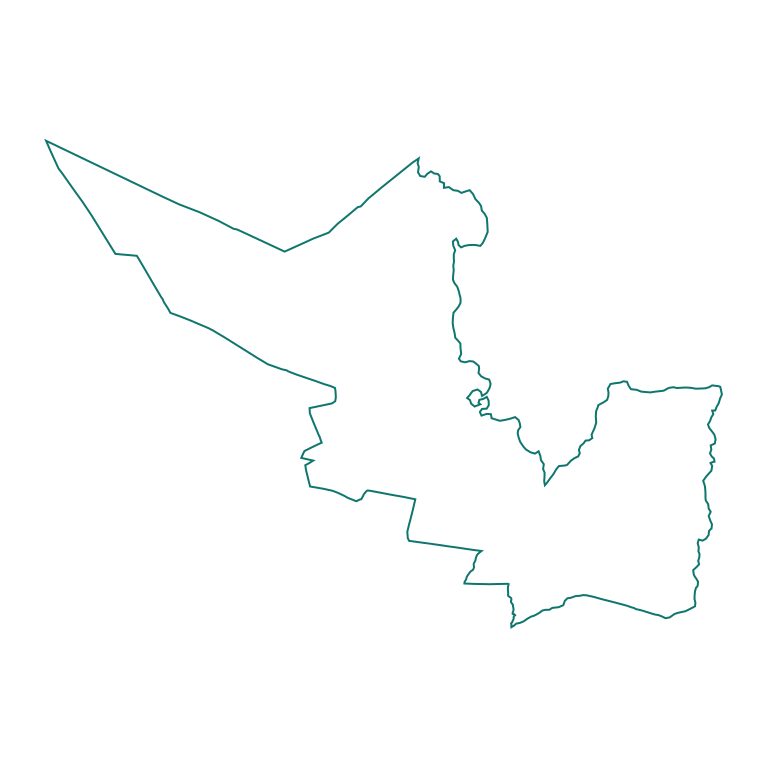 outline of Marakwet West, Rift Valley, Kenya
{"feature_id": "3690345B12316778885623", "entity_name": "Marakwet West", "entity_type": "district", "adm_level": 2, "iso_a3": "KEN", "parent_name": "Kenya", "parent_adm1": "Rift Valley", "projection": "mercator", "projection_center": [35.451, 1.024], "detail": "fine", "context": "isolated", "style": "outline", "palette": "teal", "viewbox_px": 768, "rotation_deg": 0, "n_neighbors": 0, "source": "geoboundaries", "source_scale": "gbopen_adm2", "svg_char_len": 6120}
<svg xmlns="http://www.w3.org/2000/svg" viewBox="0 0 768 768"><path d="M714.5,461.7L714.0,458.6L711.6,456.3L710.0,453.4L711.3,449.6L710.7,445.4L714.8,443.5L715.6,439.4L714.4,434.7L712.2,431.7L709.8,428.7L709.0,427.4L708.0,424.4L710.0,421.1L711.3,417.4L713.3,414.1L712.2,410.6L715.2,410.5L716.6,406.9L718.8,403.0L720.0,398.7L721.9,394.4L720.3,386.9L718.6,386.2L712.2,385.4L709.1,387.2L705.3,388.3L701.2,388.5L696.0,388.7L690.7,387.8L685.5,387.5L680.6,387.8L676.7,388.0L673.4,387.2L669.4,387.8L668.4,388.1L663.7,390.7L654.2,391.8L650.4,392.4L646.5,392.1L641.2,391.6L636.6,389.8L631.0,389.2L628.7,385.9L627.0,381.8L623.4,381.3L620.3,382.6L615.3,383.2L610.5,384.0L607.8,388.7L608.5,392.4L608.3,396.2L607.1,399.9L603.6,402.3L600.0,404.2L598.3,405.2L597.8,407.0L596.1,411.3L595.8,416.4L596.2,422.7L594.5,428.2L591.6,434.6L592.3,438.1L589.1,440.3L585.5,440.6L583.7,443.2L580.4,446.1L578.9,449.9L579.8,453.2L578.1,456.5L575.1,457.8L571.1,460.5L567.1,464.9L565.6,465.4L558.9,466.1L557.9,467.2L556.1,469.5L553.6,473.8L553.0,474.7L550.4,478.0L547.5,482.1L544.9,485.2L544.2,481.4L544.5,476.7L544.6,472.7L543.1,469.0L543.8,464.2L541.0,460.2L540.3,455.7L538.6,451.3L535.0,453.6L530.5,452.3L526.3,449.7L525.3,448.8L523.5,446.7L521.9,444.4L520.3,442.0L519.8,440.8L518.5,437.0L517.7,433.5L518.1,430.3L520.4,427.0L519.7,423.0L518.5,419.9L515.1,417.1L509.9,418.8L505.2,419.9L499.8,420.8L491.6,418.2L490.9,414.2L486.7,413.9L481.5,415.6L480.5,413.5L479.9,411.9L482.1,408.9L486.6,408.7L488.8,405.2L488.6,400.6L486.8,396.9L483.1,399.0L479.4,399.8L478.5,402.8L480.3,404.3L474.6,406.5L471.1,403.6L470.0,400.1L467.1,398.0L469.7,395.1L470.8,393.5L472.7,391.0L477.6,389.5L481.0,392.0L482.0,395.9L485.1,394.1L486.8,392.8L487.6,391.7L489.7,387.7L490.6,383.9L489.2,379.6L485.0,378.4L481.0,376.2L478.5,372.9L479.1,369.0L479.0,367.1L478.8,366.0L475.8,363.4L473.2,361.5L469.5,361.1L465.2,362.3L460.9,361.4L458.9,358.8L461.2,353.9L460.5,348.0L460.4,343.5L457.7,340.3L455.3,337.8L454.6,333.1L453.3,327.8L452.7,323.4L452.9,318.2L453.5,312.7L456.3,309.5L458.5,306.7L460.5,302.9L460.6,299.4L460.4,297.5L459.5,294.3L459.0,292.0L458.7,290.9L457.2,286.7L454.5,283.2L453.0,279.9L453.1,276.2L453.7,270.5L453.3,265.6L454.0,261.6L453.8,258.2L453.8,254.3L455.2,250.3L453.3,245.8L452.9,241.5L456.2,238.7L457.9,241.7L458.6,245.1L461.1,247.4L464.7,245.8L468.9,245.1L472.6,244.9L474.4,245.0L476.1,245.1L480.3,245.9L482.7,243.1L485.0,238.5L487.7,231.9L487.2,222.4L486.8,217.8L484.7,213.9L481.8,210.5L481.1,206.2L479.2,203.1L475.4,199.1L473.0,194.0L469.6,190.2L464.8,191.7L461.5,192.9L457.8,190.8L453.3,190.2L448.9,187.1L443.9,187.8L444.1,183.2L439.8,181.4L439.7,176.3L437.9,174.0L434.2,173.5L431.0,171.4L427.5,173.7L424.7,176.8L420.2,176.0L418.0,172.3L418.8,166.9L417.6,163.2L418.7,158.4L412.4,162.7L380.8,188.1L373.3,194.4L368.4,198.4L360.8,206.4L357.7,207.2L347.2,216.0L337.5,223.9L328.8,232.6L313.0,238.7L308.5,240.8L284.6,251.6L272.9,246.1L237.2,229.5L233.6,228.8L218.8,221.0L200.0,212.4L198.6,211.8L197.1,211.3L179.0,204.3L163.5,197.1L46.1,140.8L50.0,149.8L58.5,168.5L62.2,173.3L73.4,189.2L82.5,201.8L91.5,215.3L115.4,253.9L121.9,254.5L128.0,255.0L136.8,255.8L139.0,259.3L150.0,278.1L154.3,285.5L160.0,295.1L161.5,297.6L162.4,298.7L164.0,302.3L168.3,309.0L170.4,312.9L180.9,316.7L190.5,320.5L199.6,324.4L206.1,327.1L208.8,328.3L210.1,329.0L213.1,330.5L217.8,333.4L224.9,337.6L257.1,357.8L261.8,360.6L267.7,364.2L280.5,368.8L282.0,369.3L286.8,370.4L287.9,371.2L291.6,372.7L296.9,374.7L315.5,381.0L325.2,384.5L326.7,384.8L328.7,385.6L329.8,385.7L335.0,388.0L335.5,391.1L335.8,396.2L335.8,397.7L335.4,400.1L335.2,401.2L332.0,403.4L327.8,404.3L309.6,408.1L309.8,412.8L310.2,414.2L313.5,422.5L318.7,435.0L319.5,436.5L320.0,437.9L320.8,440.5L321.7,442.7L317.5,444.6L312.1,447.2L304.5,451.0L303.4,453.1L301.3,457.9L313.2,460.6L308.9,463.3L305.3,465.2L306.0,470.0L309.1,482.6L310.1,486.5L323.0,488.7L331.8,490.6L335.0,491.7L338.3,493.0L344.4,495.9L347.9,497.9L354.0,500.3L355.4,500.9L356.5,501.2L358.8,500.0L359.9,499.5L361.3,499.2L362.2,497.5L363.1,496.0L363.6,494.7L365.1,492.7L366.2,491.4L367.4,490.5L368.8,490.6L370.3,490.8L375.7,491.8L381.1,492.8L390.4,494.6L403.4,496.9L415.3,499.3L412.9,509.6L410.1,520.7L409.2,523.9L407.3,531.9L407.8,538.2L409.2,540.9L414.6,541.6L439.4,545.0L446.5,546.1L456.9,547.5L471.7,549.7L481.5,551.0L480.3,551.9L478.4,553.5L477.2,554.8L476.5,556.2L475.8,558.3L475.4,560.5L474.2,562.8L473.7,564.1L473.7,565.3L474.1,566.9L473.6,568.5L472.8,570.1L471.4,570.8L470.4,571.7L469.7,572.5L467.4,575.8L466.9,576.7L466.5,577.7L466.2,579.3L465.0,581.2L464.5,582.1L464.4,583.5L473.9,583.9L489.4,584.2L507.5,583.8L508.6,584.1L508.4,585.5L508.0,586.5L507.9,588.8L508.0,590.7L508.2,593.8L508.0,594.9L508.3,596.0L510.2,597.3L511.2,598.2L511.4,599.9L510.9,601.2L511.1,602.3L511.9,603.4L512.9,604.8L513.0,606.4L513.3,607.7L513.5,608.8L513.5,610.1L513.2,611.4L512.6,612.8L512.7,613.9L514.2,614.2L515.1,615.3L513.9,616.2L513.6,617.4L513.7,618.5L513.3,619.7L512.6,621.0L512.2,622.3L511.1,623.4L511.5,624.9L511.3,626.0L511.4,627.2L514.0,625.6L516.3,623.6L519.6,623.0L523.4,621.5L527.6,618.6L530.7,616.8L534.6,615.5L539.1,613.0L542.4,610.5L545.6,609.8L549.3,609.8L552.3,607.9L558.6,607.2L563.3,605.2L564.8,600.9L567.4,598.3L570.8,597.8L575.2,596.2L577.4,595.9L579.2,595.9L583.1,595.1L586.5,595.3L593.4,596.8L602.3,599.3L612.7,601.9L626.9,605.7L632.0,607.5L633.7,607.9L636.2,609.2L638.4,609.6L642.7,610.7L644.9,611.4L650.2,613.1L654.9,614.5L658.5,615.1L662.3,616.6L665.5,618.2L669.7,617.4L674.5,614.0L677.7,612.9L685.5,611.2L690.5,608.7L695.0,606.3L695.4,602.7L694.5,599.0L694.6,595.3L695.0,591.2L696.1,587.6L697.1,586.7L697.7,585.6L697.9,583.2L698.0,581.7L696.5,579.0L694.7,576.4L694.0,575.1L693.6,573.5L693.2,570.1L696.6,567.0L699.1,564.3L698.2,560.8L699.3,557.4L699.5,553.9L698.4,551.3L698.8,547.6L697.7,543.1L698.8,539.6L702.6,540.6L705.9,538.7L708.6,535.1L709.0,531.1L710.6,529.2L711.5,528.6L712.0,524.4L710.2,520.4L708.7,516.0L710.7,511.8L708.7,508.6L708.2,504.2L705.8,500.5L705.5,498.3L705.5,493.9L705.3,490.0L704.9,486.1L703.2,480.7L706.3,476.4L711.4,470.7L712.2,465.9L710.5,463.0L713.2,461.9L714.5,461.7Z" fill="none" stroke="#0f766e" stroke-width="2"/></svg>